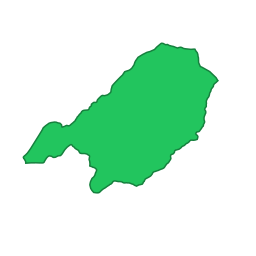 Metap, Chhukha, Bhutan, rotated 231°
{"feature_id": "84629894B26183929812002", "entity_name": "Metap", "entity_type": "district", "adm_level": 2, "iso_a3": "BTN", "parent_name": "Bhutan", "parent_adm1": "Chhukha", "projection": "equal_earth", "projection_center": [89.421, 27.116], "detail": "fine", "context": "isolated", "style": "filled", "palette": "green", "viewbox_px": 256, "rotation_deg": 231, "n_neighbors": 0, "source": "geoboundaries", "source_scale": "gbopen_adm2", "svg_char_len": 5732}
<svg xmlns="http://www.w3.org/2000/svg" viewBox="0 0 256 256"><g transform="rotate(231 128 128)"><path d="M108.2,227.7L109.0,227.7L111.7,228.1L120.5,227.0L128.7,223.7L130.2,222.9L132.3,223.4L134.5,224.1L136.2,225.4L138.2,226.9L139.6,227.5L141.3,228.6L143.0,229.2L145.2,229.2L147.2,229.6L148.2,228.3L149.5,226.4L153.4,222.5L154.8,221.3L156.8,220.4L157.6,219.8L158.4,218.5L159.0,216.8L160.5,215.9L162.8,214.6L164.1,213.5L166.3,211.9L168.0,211.3L168.3,210.8L169.1,209.6L171.8,208.4L172.8,207.3L172.9,206.8L172.8,201.1L172.3,198.0L173.6,193.2L174.9,190.3L175.5,187.5L175.9,185.7L176.2,183.5L176.6,180.3L175.4,176.1L174.7,174.6L173.3,172.5L172.1,168.7L172.0,166.5L172.3,164.8L173.0,163.1L173.8,160.9L173.2,158.8L172.6,157.2L172.4,154.4L172.0,150.8L171.5,146.8L171.1,144.1L170.7,142.2L169.6,140.7L168.7,139.4L166.8,137.4L166.5,135.9L166.5,135.2L166.6,133.1L167.8,130.2L169.5,128.5L169.7,127.0L169.5,124.6L169.4,123.8L169.2,122.5L169.0,121.8L168.7,121.3L168.2,120.7L168.0,120.3L167.9,119.9L168.0,119.3L168.2,119.0L168.8,118.4L169.5,117.3L169.5,115.7L169.5,114.6L169.2,114.2L168.8,114.0L168.4,113.4L168.3,113.0L168.3,112.4L168.3,111.3L168.0,110.6L167.7,110.3L167.5,110.0L167.2,109.3L167.2,108.5L167.4,107.9L168.4,106.5L169.1,105.5L169.5,104.8L169.7,104.4L169.9,103.6L169.9,102.8L169.8,102.0L169.5,101.5L169.3,101.1L169.3,100.5L169.1,99.0L169.1,98.6L168.9,98.0L168.6,97.0L168.5,95.6L168.4,95.2L168.0,94.6L167.6,93.2L167.4,92.4L167.1,92.1L166.9,91.6L166.7,88.4L166.7,86.0L166.6,85.5L166.6,85.0L166.6,84.4L166.7,83.9L166.9,83.5L167.3,82.9L167.8,82.6L168.1,82.4L168.6,82.0L168.8,81.4L169.0,80.6L169.1,79.9L169.4,79.2L170.1,77.4L170.6,77.4L172.4,78.4L174.6,78.1L175.9,76.9L177.9,75.7L179.0,74.4L179.8,73.0L180.7,71.5L181.4,69.6L181.6,65.5L181.5,62.3L180.4,59.9L178.3,54.0L173.2,39.1L171.8,34.1L171.5,31.4L171.5,29.8L171.2,28.3L170.0,27.8L169.5,27.9L166.9,27.5L166.5,27.4L165.7,26.9L165.0,26.4L161.8,30.9L158.6,34.9L156.6,37.2L154.7,39.5L154.2,40.5L154.3,41.5L154.9,42.7L156.0,46.0L156.2,48.1L155.9,49.2L154.4,50.6L154.1,50.8L152.2,51.4L151.3,52.6L150.9,53.4L150.4,56.0L149.0,58.3L149.3,60.4L150.3,63.4L150.9,65.3L151.4,68.4L151.4,70.6L151.2,72.3L151.2,72.7L151.0,73.3L150.2,73.7L149.7,73.7L148.9,73.6L148.4,73.6L147.7,73.9L147.0,74.1L146.2,74.1L145.4,74.1L144.1,74.5L142.4,75.2L141.7,75.3L141.4,75.3L140.6,75.2L139.9,75.0L139.3,74.9L138.8,74.9L138.2,75.2L137.6,75.7L137.0,76.3L135.4,78.3L133.9,79.5L133.0,79.9L132.4,80.0L131.3,80.5L130.9,80.6L130.5,80.5L130.0,80.2L129.5,79.6L128.7,78.7L127.8,77.8L127.4,77.7L126.5,77.4L124.5,76.2L123.7,75.5L123.2,75.2L122.9,74.7L122.5,74.4L121.2,75.2L120.0,75.9L119.5,76.0L119.2,76.3L118.8,76.7L117.9,77.1L116.4,77.4L115.5,77.4L114.9,77.0L114.0,75.6L113.7,74.9L113.5,74.4L113.1,73.9L112.4,72.9L111.9,71.8L111.6,70.9L111.5,70.1L111.5,69.6L111.5,68.8L111.4,68.2L111.2,67.8L110.6,66.6L110.0,65.3L109.2,64.2L108.4,63.2L107.7,62.5L104.5,61.0L102.1,60.7L99.7,60.8L99.3,60.9L98.5,61.8L97.8,62.3L97.4,62.8L96.7,63.6L96.6,64.0L96.1,64.5L96.0,65.8L96.0,66.8L96.2,67.5L96.2,68.1L96.2,69.0L96.2,70.0L96.2,70.8L96.0,71.6L95.9,72.2L95.8,73.5L95.8,74.3L95.8,74.7L95.7,75.5L95.7,76.1L95.5,76.8L95.5,77.8L95.6,78.3L95.4,78.8L95.2,79.2L95.2,79.8L95.2,80.3L95.2,80.8L95.5,81.5L95.6,82.2L95.8,82.6L95.6,83.6L95.4,84.1L94.3,85.3L93.7,85.7L93.1,86.2L92.4,86.8L91.9,87.5L91.2,88.2L90.7,88.8L90.0,89.3L88.9,89.7L88.3,90.0L87.8,90.4L87.5,90.8L87.1,91.3L86.6,92.1L86.2,92.6L85.8,92.9L84.4,94.5L83.0,95.3L81.9,95.9L81.0,96.6L79.4,97.0L78.4,97.6L77.5,98.0L77.3,98.7L77.3,99.1L77.1,99.6L77.1,100.1L76.9,100.7L76.6,101.2L76.3,101.8L75.7,103.1L75.5,103.4L75.4,103.9L75.5,104.3L75.7,104.9L76.2,105.7L76.3,106.2L76.3,106.7L76.4,107.2L76.8,107.7L77.0,108.3L77.4,109.1L77.4,109.8L77.1,111.3L76.7,113.3L76.5,115.1L76.5,115.6L76.6,116.2L76.8,117.0L76.9,117.5L77.2,118.3L77.5,118.8L77.7,119.3L77.7,119.8L77.7,120.6L77.3,121.3L76.9,122.4L76.3,124.1L76.0,124.7L75.7,125.9L75.6,126.6L75.3,127.2L75.2,127.7L74.6,129.3L74.5,130.0L74.4,131.0L74.6,131.9L74.9,132.7L75.1,133.3L75.2,133.7L75.3,134.2L75.5,134.6L75.6,135.1L75.7,135.9L75.6,136.6L75.6,137.5L75.7,137.9L76.0,138.9L76.3,139.6L76.6,140.6L76.7,141.1L77.0,141.5L77.2,141.9L77.4,142.2L78.9,143.0L79.5,143.5L80.0,144.2L80.1,144.6L80.1,145.0L79.9,145.6L79.5,146.7L79.5,147.2L79.6,147.7L79.7,148.2L79.9,148.7L80.2,149.2L80.5,149.5L80.8,149.8L80.9,150.2L80.9,150.7L80.8,151.3L80.5,151.7L80.1,152.8L79.7,153.6L79.4,154.3L79.3,155.6L79.3,156.3L79.3,157.0L79.5,157.7L79.6,158.5L79.5,158.9L79.1,160.2L79.0,161.2L79.2,162.8L79.2,163.4L79.2,163.8L78.9,164.5L78.8,165.3L78.8,165.7L78.8,166.8L79.1,167.7L79.1,168.5L79.0,169.1L78.6,169.7L78.2,170.2L77.7,170.7L77.2,171.3L76.4,172.6L75.6,174.6L75.9,175.0L76.1,175.4L76.5,176.0L77.5,177.0L78.0,177.1L78.7,177.2L79.1,177.1L79.5,176.9L80.0,176.9L80.4,176.9L80.9,177.1L81.3,177.7L81.4,178.1L81.5,178.7L81.4,179.5L81.1,179.9L80.6,180.8L80.6,181.6L80.9,182.6L81.3,184.3L81.4,184.8L81.6,185.2L82.0,186.2L82.1,187.5L82.4,188.1L82.9,188.4L83.1,188.6L83.8,190.2L84.1,190.8L84.4,191.3L85.0,191.7L85.4,191.9L85.9,192.0L86.3,192.2L86.8,192.5L87.4,192.9L87.9,193.4L88.4,193.8L89.0,194.7L89.3,195.1L89.6,195.8L90.1,196.5L90.6,197.6L90.8,198.0L91.4,198.3L91.9,198.8L92.2,199.0L93.4,199.1L94.3,199.4L94.5,199.7L94.8,200.1L95.0,200.6L95.2,201.3L95.3,202.0L95.5,202.4L96.1,202.9L96.7,203.3L97.2,203.8L98.0,204.7L98.4,204.8L99.1,205.3L100.0,206.3L100.2,206.7L100.5,207.4L100.8,207.9L101.1,208.8L101.2,209.1L101.4,210.2L101.6,210.6L101.8,211.0L102.5,212.0L102.9,212.5L103.6,213.3L103.9,213.9L104.6,215.7L104.9,216.0L105.2,216.4L105.6,216.9L105.8,217.3L106.0,217.9L106.2,218.9L106.3,219.4L106.6,220.4L106.9,220.9L107.4,221.3L107.8,222.0L107.9,222.6L108.0,223.2L108.0,224.3L108.0,224.7L108.0,225.4L108.1,226.1L108.2,227.7Z" fill="#22c55e" stroke="#15803d" stroke-width="1.5"/></g></svg>